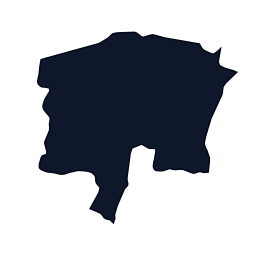 Phra Nakhon Si Ayutthaya, Albers equal-area conic projection, rotated 190°
{"feature_id": "THA-412", "entity_name": "Phra Nakhon Si Ayutthaya", "entity_type": "Province", "adm_level": 1, "iso_a3": "THA", "parent_name": "Thailand", "parent_adm1": "", "projection": "albers", "projection_center": [100.547, 14.398], "detail": "fine", "context": "isolated", "style": "filled", "palette": "ink", "viewbox_px": 256, "rotation_deg": 190, "n_neighbors": 0, "source": "natural_earth", "source_scale": "10m", "svg_char_len": 2085}
<svg xmlns="http://www.w3.org/2000/svg" viewBox="0 0 256 256"><g transform="rotate(190 128 128)"><path d="M30.6,201.8L39.5,189.7L41.6,185.2L41.3,177.5L48.0,152.0L50.2,133.0L50.4,126.5L49.6,124.3L48.5,122.3L46.6,119.7L42.7,112.7L42.1,109.0L41.4,98.5L45.9,97.4L49.4,97.7L50.5,97.4L54.9,95.1L56.5,94.9L66.7,96.9L69.3,96.6L74.1,95.3L76.6,95.1L79.4,95.4L80.5,95.1L86.1,92.1L88.0,91.6L93.2,91.0L94.1,91.5L95.0,92.1L95.5,92.9L95.9,93.6L96.2,94.1L96.4,95.4L96.5,96.6L96.6,99.4L96.4,100.8L96.4,109.2L96.5,110.6L96.9,111.7L97.7,112.4L98.7,112.5L102.3,111.9L103.5,111.8L104.2,111.9L107.3,112.9L110.6,114.2L111.8,114.3L113.1,113.8L120.7,108.9L121.5,103.5L120.4,79.0L120.0,76.7L119.5,75.0L118.9,74.1L118.6,72.9L118.5,71.6L119.6,69.5L121.0,67.5L125.2,49.7L126.3,40.1L125.3,36.5L126.0,32.0L129.6,34.5L134.6,34.9L136.1,35.8L137.3,37.0L139.4,38.9L141.3,39.7L151.3,42.0L145.4,59.2L145.0,64.2L145.6,65.1L149.0,67.8L149.7,68.7L150.3,69.9L151.1,73.1L151.5,74.3L152.2,75.3L153.1,76.2L154.4,77.0L155.4,77.6L156.1,77.9L158.3,78.3L161.0,78.5L166.5,78.1L169.2,77.7L171.5,77.0L178.9,73.8L181.8,72.1L184.0,71.3L186.5,70.9L187.7,70.8L192.9,71.2L199.4,70.8L201.7,71.0L205.8,71.9L207.4,72.7L208.3,73.5L208.7,75.2L208.9,77.3L208.4,82.8L208.1,84.1L207.7,85.2L207.0,86.0L206.1,86.6L203.9,87.4L203.5,88.7L203.7,90.7L206.9,97.5L207.4,99.2L207.4,100.1L204.9,111.5L204.8,112.7L205.2,115.2L206.0,118.2L206.0,123.1L206.5,124.5L207.1,125.6L213.2,130.7L214.6,132.4L215.4,134.0L215.5,135.4L215.5,136.8L214.9,140.8L214.3,143.2L211.5,150.1L211.4,152.0L211.9,153.1L212.9,153.7L214.1,153.9L216.9,153.9L219.4,153.6L220.8,153.8L221.9,154.3L223.8,155.7L224.6,157.1L225.1,158.5L224.8,166.0L225.4,172.4L225.4,180.3L171.6,205.9L169.9,207.1L163.3,212.9L159.4,218.0L157.4,218.9L154.4,219.9L138.4,223.3L137.1,223.2L136.0,222.9L133.7,221.8L131.0,220.2L129.9,219.9L128.3,220.1L121.5,223.5L119.8,224.0L118.0,224.0L107.6,223.0L72.4,223.1L69.1,219.2L66.9,217.7L59.1,215.5L57.1,215.6L55.7,216.1L52.1,220.2L50.7,222.2L50.7,208.8L49.8,207.1L48.6,205.2L43.1,203.6L34.2,202.6L30.6,201.8Z" fill="#0f172a" stroke="#020617" stroke-width="1.5"/></g></svg>